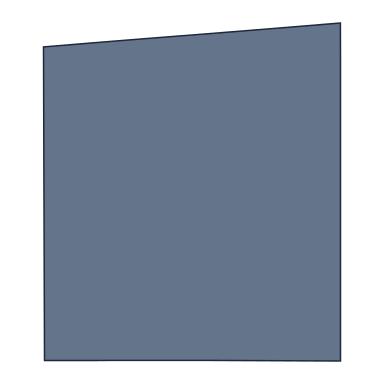 outline of Jones, Mississippi, United States of America
{"feature_id": "52423323B52993259514924", "entity_name": "Jones", "entity_type": "district", "adm_level": 2, "iso_a3": "USA", "parent_name": "United States of America", "parent_adm1": "Mississippi", "projection": "equal_earth", "projection_center": [-89.153, 31.629], "detail": "fine", "context": "isolated", "style": "filled", "palette": "slate", "viewbox_px": 384, "rotation_deg": 0, "n_neighbors": 0, "source": "geoboundaries", "source_scale": "gbopen_adm2", "svg_char_len": 299}
<svg xmlns="http://www.w3.org/2000/svg" viewBox="0 0 384 384"><path d="M340.4,23.0L252.1,30.2L249.9,30.4L175.1,36.3L132.0,39.7L98.4,42.4L43.5,46.9L44.5,360.5L96.1,360.5L109.6,360.4L208.9,360.4L295.1,360.8L340.5,361.0L340.5,57.9L340.4,23.0Z" fill="#64748b" stroke="#1e293b" stroke-width="1.5"/></svg>